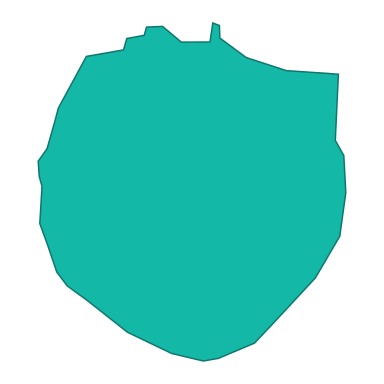 outline of Nomwin, Federated States of Micronesia
{"feature_id": "79324940B5311859282342", "entity_name": "Nomwin", "entity_type": "district", "adm_level": 2, "iso_a3": "FSM", "parent_name": "Federated States of Micronesia", "parent_adm1": "", "projection": "equal_earth", "projection_center": [151.746, 8.431], "detail": "fine", "context": "isolated", "style": "filled", "palette": "teal", "viewbox_px": 384, "rotation_deg": 0, "n_neighbors": 0, "source": "geoboundaries", "source_scale": "gbopen_adm2", "svg_char_len": 562}
<svg xmlns="http://www.w3.org/2000/svg" viewBox="0 0 384 384"><path d="M335.3,140.4L337.1,101.9L338.4,74.2L286.2,70.6L246.3,57.6L219.9,38.1L219.4,25.5L212.8,23.0L210.0,42.0L181.3,42.1L162.5,26.4L146.5,27.1L144.2,35.3L126.8,38.5L123.5,49.9L86.4,56.4L58.3,108.2L55.0,120.8L47.1,148.6L38.2,161.2L39.2,176.3L42.0,186.4L39.8,223.6L47.4,244.4L56.8,272.1L67.2,285.9L87.0,300.3L127.5,332.3L171.7,353.5L203.3,361.0L218.3,358.4L254.5,343.1L273.7,322.8L315.4,277.9L339.8,236.2L345.8,192.7L343.8,155.5L335.3,140.4Z" fill="#14b8a6" stroke="#0f766e" stroke-width="1.5"/></svg>